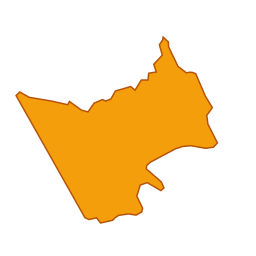 East Baton Rouge, Louisiana, United States of America, rotated 243°
{"feature_id": "52423323B9154242656865", "entity_name": "East Baton Rouge", "entity_type": "district", "adm_level": 2, "iso_a3": "USA", "parent_name": "United States of America", "parent_adm1": "Louisiana", "projection": "natural_earth1", "projection_center": [-91.099, 30.518], "detail": "fine", "context": "isolated", "style": "filled", "palette": "amber", "viewbox_px": 256, "rotation_deg": 243, "n_neighbors": 0, "source": "geoboundaries", "source_scale": "gbopen_adm2", "svg_char_len": 949}
<svg xmlns="http://www.w3.org/2000/svg" viewBox="0 0 256 256"><g transform="rotate(243 128 128)"><path d="M52.8,72.4L53.9,75.8L54.4,80.0L51.3,89.3L46.7,95.7L47.0,102.2L49.9,104.6L63.3,104.9L71.6,113.0L70.6,120.3L57.3,128.9L58.3,132.8L64.8,133.2L74.0,129.5L83.3,125.7L86.2,127.9L87.4,132.5L87.8,153.2L87.8,155.3L87.9,160.8L86.8,168.1L83.7,176.0L74.7,187.9L72.1,195.4L74.1,200.9L95.3,201.0L103.5,203.9L106.5,209.8L107.9,212.4L121.4,211.4L145.7,213.0L148.3,210.6L149.6,208.5L150.7,205.0L158.0,201.6L159.9,200.5L181.9,201.0L186.3,203.0L193.0,200.6L191.7,199.5L191.0,199.4L188.0,193.8L177.3,191.6L173.1,179.9L165.1,178.6L167.4,171.3L161.7,167.6L164.7,161.6L158.5,151.5L163.7,149.2L166.7,133.6L161.7,126.1L162.1,120.4L164.9,118.2L165.5,109.0L160.5,99.7L165.1,94.6L178.2,87.9L176.1,84.9L186.4,72.5L200.1,54.0L209.3,47.8L207.7,43.0L137.1,46.0L67.7,48.9L64.1,51.7L62.2,59.2L55.8,60.5L52.8,72.4Z" fill="#f59e0b" stroke="#b45309" stroke-width="1.5"/></g></svg>